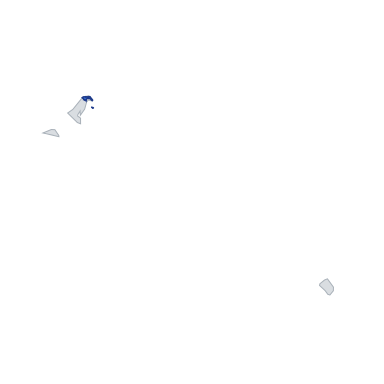 location of Kolovai, Tongatapu, Tonga, rotated 101°
{"feature_id": "48082658B55363984375879", "entity_name": "Kolovai", "entity_type": "district", "adm_level": 2, "iso_a3": "TON", "parent_name": "Tonga", "parent_adm1": "Tongatapu", "projection": "albers", "projection_center": [-175.316, -21.101], "detail": "fine", "context": "in_parent", "style": "filled", "palette": "blue", "viewbox_px": 384, "rotation_deg": 101, "n_neighbors": 0, "source": "geoboundaries", "source_scale": "gbopen_adm2", "svg_char_len": 2038}
<svg xmlns="http://www.w3.org/2000/svg" viewBox="0 0 384 384"><g transform="rotate(101 192 192)"><path d="M137.7,318.8L139.2,318.8L140.8,315.5L146.3,314.4L145.7,317.8L138.2,329.1L133.6,324.7L120.0,317.5L117.2,311.9L121.8,307.7L121.3,311.1L123.6,312.6L131.2,313.2L138.1,316.3L133.8,317.3L137.7,318.8ZM263.4,42.5L259.4,49.0L257.6,48.9L253.1,45.1L251.4,42.5L258.4,35.0L262.0,34.4L266.8,37.0L266.5,39.2L263.4,42.5ZM163.1,333.2L162.5,349.6L157.5,342.0L157.0,338.5L162.0,333.5L163.1,333.2Z" fill="#d9dde1" stroke="#a8b0b8" stroke-width="1"/><path d="M122.7,313.4L122.3,313.4L122.0,313.3L121.8,313.3L121.3,313.3L120.9,313.2L120.5,313.1L120.1,312.9L120.0,312.6L119.9,312.3L120.0,312.3L119.9,311.7L119.9,311.3L119.8,311.2L119.9,310.9L119.7,310.6L119.8,310.3L119.9,309.8L119.9,309.7L120.0,309.5L120.0,309.3L120.1,309.2L120.4,308.7L120.5,308.5L120.6,308.3L120.8,308.0L121.0,308.0L121.1,307.9L121.1,307.7L121.2,307.4L121.2,307.2L120.8,307.1L120.6,307.3L120.4,307.4L120.2,307.7L120.1,307.9L119.8,308.1L119.5,308.5L119.2,309.0L118.9,309.2L118.9,309.3L118.7,309.5L118.4,309.8L118.2,310.0L117.9,310.3L117.9,310.6L117.9,310.8L118.0,310.9L118.1,311.2L118.2,311.5L118.3,311.5L118.3,311.8L118.4,312.0L118.5,312.6L118.6,312.9L118.6,313.1L118.7,313.3L118.7,313.5L118.7,313.9L118.8,314.0L118.7,314.0L118.7,314.3L118.8,314.3L118.9,314.5L118.9,314.9L119.0,315.1L119.0,315.3L119.1,315.6L119.2,315.9L119.2,316.0L119.3,316.1L119.2,316.3L119.3,316.5L119.5,316.9L119.6,317.0L119.8,317.2L120.0,317.4L120.2,317.6L120.3,317.7L120.5,317.4L120.9,317.0L121.0,316.7L121.3,316.3L121.3,316.2L121.5,316.0L121.7,315.8L121.6,315.6L121.6,315.3L121.9,315.5L121.9,315.4L121.9,315.2L122.1,315.0L122.3,315.1L122.4,314.9L122.2,314.7L122.3,314.4L122.3,314.2L122.6,313.5L122.7,313.4ZM128.0,306.2L127.9,306.3L127.9,306.5L128.0,306.5L128.0,306.4L128.2,306.2L128.3,306.0L128.4,305.8L128.4,305.6L128.6,305.6L128.7,305.4L128.6,305.2L128.4,305.0L128.3,304.9L128.2,304.9L128.1,305.0L128.0,305.3L128.0,305.5L128.1,306.0L128.0,306.2Z" fill="#3b82f6" stroke="#1e3a8a" stroke-width="1.5"/></g></svg>